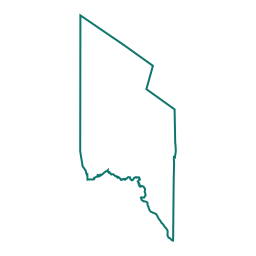 outline of Palauli East, Palauli, Samoa
{"feature_id": "51752279B87683289177764", "entity_name": "Palauli East", "entity_type": "district", "adm_level": 2, "iso_a3": "WSM", "parent_name": "Samoa", "parent_adm1": "Palauli", "projection": "orthographic", "projection_center": [-172.295, -13.729], "detail": "fine", "context": "isolated", "style": "outline", "palette": "teal", "viewbox_px": 256, "rotation_deg": 0, "n_neighbors": 0, "source": "geoboundaries", "source_scale": "gbopen_adm2", "svg_char_len": 2337}
<svg xmlns="http://www.w3.org/2000/svg" viewBox="0 0 256 256"><path d="M80.4,15.4L80.2,151.3L82.6,166.1L85.9,171.1L86.3,173.4L86.7,174.4L87.3,174.2L87.4,176.7L87.5,179.7L88.6,179.5L90.3,179.4L92.6,179.5L93.7,179.4L94.2,179.1L94.1,177.9L94.5,177.8L95.7,177.2L97.2,176.5L97.4,176.2L97.7,175.0L98.0,175.0L98.2,175.5L98.4,175.8L98.1,176.5L98.7,176.6L99.1,176.1L100.0,175.9L100.2,175.4L100.2,174.7L100.5,174.7L100.6,175.2L101.1,175.2L101.6,174.9L102.4,174.2L104.1,172.7L106.2,171.2L107.2,170.8L107.7,170.3L107.6,171.3L108.7,172.6L109.1,172.7L109.4,172.1L109.6,172.2L109.6,173.1L110.2,173.5L110.8,173.6L111.3,174.5L113.0,174.2L113.3,174.3L114.5,175.4L114.4,176.1L114.6,175.8L115.0,176.0L116.4,176.2L116.9,177.1L117.5,177.5L117.8,176.8L118.1,176.8L118.6,177.1L119.1,177.9L119.6,178.1L120.5,178.9L120.8,179.8L121.1,179.9L122.3,179.2L122.7,179.5L122.9,179.2L124.3,178.9L124.5,179.0L125.0,179.7L125.3,179.5L125.0,179.2L125.2,178.8L126.1,178.8L126.7,178.6L127.5,177.8L127.7,177.4L128.8,177.1L129.4,177.3L130.0,177.4L130.0,177.8L130.3,178.1L130.3,178.6L130.4,179.2L131.0,179.7L131.8,179.9L132.0,180.3L132.9,179.8L133.3,179.3L133.8,178.6L133.9,178.1L134.7,177.8L135.4,177.2L136.4,177.2L136.9,177.7L137.6,177.4L138.9,177.3L139.2,177.6L139.2,178.3L139.5,178.6L139.9,179.2L139.8,179.7L138.9,180.0L138.8,180.4L138.2,181.0L138.2,181.5L137.9,181.6L138.4,182.3L138.6,183.0L139.2,183.2L139.2,183.5L138.6,183.9L138.9,184.5L139.4,186.0L139.8,186.6L140.1,186.7L140.9,186.5L141.1,186.4L141.1,185.9L141.8,186.3L142.3,186.2L143.1,186.4L143.7,186.8L145.0,189.0L144.9,190.7L144.6,191.7L145.0,192.4L145.3,193.6L145.6,195.2L144.5,196.9L144.2,197.5L143.2,197.6L142.2,197.4L141.5,197.3L140.9,197.6L141.7,199.9L142.4,200.6L143.3,200.8L143.6,201.3L144.5,201.3L145.9,201.7L147.1,202.3L147.5,202.8L147.4,203.8L147.7,205.5L148.5,206.8L148.7,208.1L149.6,210.2L150.2,211.0L150.8,211.7L152.0,212.2L153.1,212.8L154.4,213.1L155.5,213.9L156.3,214.2L159.0,219.2L160.5,221.0L161.3,222.6L162.8,224.0L165.1,227.3L166.2,228.4L167.3,230.1L167.7,231.6L167.5,233.7L167.5,235.3L168.1,236.9L169.0,237.9L170.1,238.3L171.0,239.5L172.7,240.6L173.1,240.6L173.7,179.3L174.1,163.7L173.8,158.4L173.9,157.0L175.0,157.4L175.0,156.7L175.8,151.4L175.6,146.1L175.2,142.4L174.6,109.4L146.4,89.2L152.9,65.8L123.5,44.8L113.5,38.0L106.0,32.9L80.4,15.4Z" fill="none" stroke="#0f766e" stroke-width="2"/></svg>